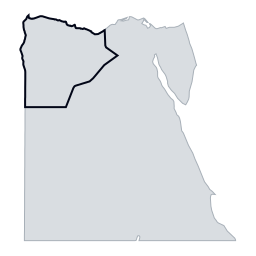 Matruh highlighted on a map of Egypt
{"feature_id": "EGY-1540", "entity_name": "Matruh", "entity_type": "Governorate", "adm_level": 1, "iso_a3": "EGY", "parent_name": "Egypt", "parent_adm1": "", "projection": "equal_earth", "projection_center": [26.768, 29.661], "detail": "fine", "context": "in_parent", "style": "outline", "palette": "ink", "viewbox_px": 256, "rotation_deg": 0, "n_neighbors": 0, "source": "natural_earth", "source_scale": "10m", "svg_char_len": 4749}
<svg xmlns="http://www.w3.org/2000/svg" viewBox="0 0 256 256"><path d="M235.6,240.6L229.8,240.6L224.0,240.6L218.1,240.6L212.3,240.6L206.5,240.6L200.6,240.6L194.8,240.6L189.0,240.6L183.2,240.6L177.3,240.6L171.5,240.6L165.7,240.6L159.9,240.6L154.0,240.6L148.2,240.6L142.4,240.6L139.0,240.6L139.6,238.5L139.9,237.0L139.5,236.0L138.4,235.7L137.6,236.0L136.0,240.5L135.0,240.6L133.0,240.6L126.2,240.6L119.4,240.6L112.6,240.6L105.8,240.6L99.1,240.6L92.3,240.6L85.5,240.6L78.7,240.6L71.9,240.6L65.1,240.6L58.3,240.6L51.6,240.6L44.8,240.6L38.0,240.6L31.2,240.6L24.4,240.6L24.4,235.3L24.5,229.9L24.5,224.6L24.5,219.3L24.5,213.9L24.6,208.6L24.6,203.3L24.6,198.0L24.6,192.7L24.7,187.4L24.7,182.1L24.7,176.8L24.7,171.5L24.8,166.2L24.8,160.9L24.8,155.6L24.8,150.4L24.9,145.1L24.9,139.9L24.9,134.6L25.0,129.4L25.0,124.1L25.0,118.9L25.0,113.6L25.1,108.4L25.1,103.2L25.1,98.0L25.2,92.8L25.2,87.6L25.2,82.4L25.2,77.2L25.3,72.0L25.1,71.1L24.2,67.6L23.4,63.1L22.4,57.6L22.3,55.8L20.8,50.2L20.7,48.6L21.1,47.5L23.7,42.7L24.5,40.4L25.2,37.7L25.4,35.4L24.7,32.0L23.8,28.9L23.5,25.8L23.4,22.7L24.7,20.6L26.3,18.6L26.9,17.4L27.9,16.0L28.5,15.4L29.8,18.2L32.5,18.6L41.2,16.2L50.9,18.6L56.2,19.6L64.4,21.7L69.4,25.5L70.8,25.9L74.3,25.9L76.7,28.1L86.1,29.2L91.1,31.6L94.0,33.6L95.7,34.2L97.2,34.1L99.2,33.4L101.8,32.0L104.5,30.1L110.3,25.1L112.3,24.3L113.7,24.5L115.3,24.4L116.0,23.1L116.8,22.2L117.3,21.1L118.2,19.9L121.2,19.5L127.2,17.4L126.5,18.4L121.1,20.8L123.4,21.1L125.8,20.3L128.6,19.8L129.0,18.7L129.4,16.8L129.9,16.6L131.8,16.9L137.5,19.9L138.9,19.9L142.8,18.3L143.7,18.0L145.0,18.9L148.0,22.5L147.0,22.5L143.8,19.3L143.5,20.9L141.8,23.6L144.0,24.8L145.9,25.3L146.9,26.8L147.5,28.2L149.3,27.6L150.6,25.7L149.9,24.7L149.4,23.6L150.0,23.6L151.2,24.5L154.9,28.0L156.1,28.7L157.5,28.6L160.4,27.6L161.2,27.8L165.1,26.5L165.6,27.4L166.2,28.4L169.4,27.3L174.3,27.3L178.3,26.2L182.9,23.4L183.3,23.0L183.6,23.7L184.2,25.6L185.7,30.4L187.1,34.2L188.7,39.5L189.3,41.6L189.5,43.0L191.9,48.8L193.3,53.6L194.4,57.5L195.9,63.2L196.6,65.2L195.6,66.3L193.8,70.0L192.0,81.8L189.3,91.1L189.1,96.9L188.7,99.0L187.4,101.9L185.7,104.8L182.6,103.3L177.6,98.3L174.6,93.4L171.4,90.3L168.4,86.2L167.6,83.3L167.6,81.4L166.2,76.7L165.2,74.5L161.6,69.6L160.5,67.0L159.7,65.9L158.9,64.2L157.5,57.8L156.0,53.8L154.4,54.9L154.7,56.6L153.4,59.0L152.6,61.7L153.3,63.9L156.2,67.3L156.9,68.8L157.6,72.0L157.6,76.4L158.1,77.9L160.3,81.2L161.1,83.1L161.6,84.8L162.4,86.3L164.6,89.1L167.8,94.5L170.8,98.2L173.0,100.0L173.9,101.7L174.2,106.3L174.1,108.5L176.1,112.6L176.8,114.7L178.7,116.4L179.6,118.3L180.4,121.5L181.7,130.8L183.4,133.1L188.5,145.4L192.8,153.2L195.0,159.1L198.2,166.2L204.5,181.8L208.2,186.7L209.7,189.4L212.4,191.5L215.2,194.5L212.5,194.2L211.9,194.4L211.0,194.9L210.5,196.8L210.4,198.3L210.9,206.2L211.7,210.3L214.3,218.0L216.1,220.3L217.0,221.8L218.2,222.9L223.9,225.6L227.3,231.1L234.8,238.2L235.6,240.1L235.6,240.6Z" fill="#d9dde1" stroke="#a8b0b8" stroke-width="1"/><path d="M25.2,97.1L25.2,88.0L25.3,78.8L25.3,74.9L25.3,72.0L25.2,70.7L24.9,69.5L23.5,65.4L23.3,64.6L23.3,63.7L23.4,62.1L23.5,61.5L23.2,60.6L22.3,58.8L22.2,57.9L22.5,56.7L22.5,56.2L22.5,55.7L21.0,51.4L20.5,50.4L20.4,49.9L20.4,49.0L20.7,48.2L21.4,46.7L21.7,45.9L21.9,45.6L22.3,44.9L22.9,44.3L23.9,42.6L24.2,41.8L24.4,41.0L24.4,40.5L25.0,39.0L25.2,37.7L25.4,36.8L25.6,36.0L25.8,35.2L25.5,34.3L24.8,32.5L24.6,31.3L24.0,29.9L23.9,29.4L23.5,27.0L23.5,25.1L23.3,23.2L23.3,22.4L23.6,21.6L26.3,19.0L27.0,17.1L27.5,16.3L28.5,15.4L28.5,15.5L28.7,17.0L28.9,17.7L29.2,18.2L29.6,18.3L30.5,18.4L31.1,18.8L31.5,18.8L32.2,18.6L32.4,18.7L32.6,18.8L32.8,18.8L33.1,18.6L33.6,18.5L34.0,18.5L36.8,17.5L40.0,16.3L40.8,16.2L42.5,16.3L49.2,18.4L54.2,19.2L54.4,19.4L54.7,19.5L55.6,19.4L55.9,19.4L57.1,20.1L57.8,20.4L58.6,20.4L59.2,20.1L59.5,20.1L59.8,20.3L60.1,20.5L60.4,20.6L60.6,20.7L61.1,21.0L62.1,21.4L63.3,21.6L63.7,21.7L64.0,21.9L64.3,21.7L64.5,21.7L65.6,21.6L65.9,21.8L66.0,21.9L66.0,22.0L66.1,22.5L66.3,22.7L66.3,22.8L66.4,23.1L66.4,23.3L66.5,23.5L66.7,24.2L66.9,24.5L67.3,24.9L67.8,25.2L68.3,25.4L69.4,25.6L69.8,25.8L70.2,25.9L70.6,25.7L71.4,26.2L72.5,26.0L74.4,24.9L74.7,24.8L74.9,25.0L75.0,25.3L75.0,25.8L75.4,26.8L75.5,27.5L76.0,28.1L76.8,28.2L79.9,28.2L80.1,28.2L80.3,28.4L80.4,28.5L80.5,28.6L80.8,28.7L81.3,28.6L81.7,28.7L82.4,28.9L82.7,29.0L83.1,28.9L83.8,28.4L84.2,28.3L84.5,28.4L84.8,28.6L85.1,28.8L85.3,29.0L85.5,29.1L86.1,29.1L86.3,29.2L86.5,29.3L86.8,29.4L89.8,30.7L90.4,31.1L90.8,31.2L91.2,31.3L91.3,31.4L91.4,32.0L91.5,32.3L91.9,32.5L94.9,34.3L97.7,34.1L98.2,34.0L100.5,32.7L103.0,31.3L103.9,30.5L104.7,30.1L105.3,45.5L106.1,47.4L117.5,55.5L104.2,65.1L93.1,78.3L89.6,81.4L75.9,85.6L74.6,86.2L73.8,87.3L73.3,88.2L65.9,107.1L25.4,107.1L25.1,107.1L25.1,98.9L25.2,97.1Z" fill="none" stroke="#020617" stroke-width="2"/></svg>